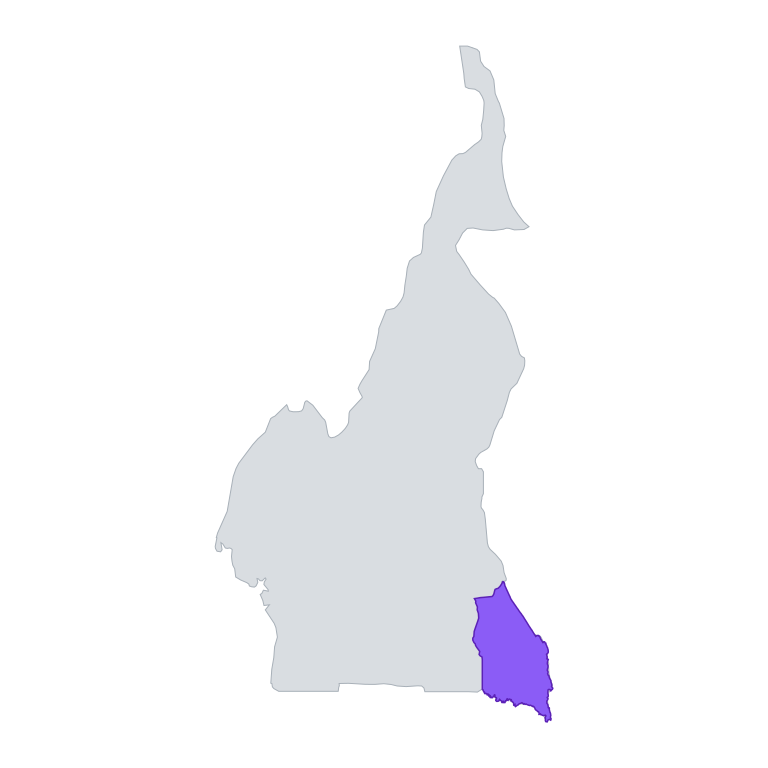 location of Boumba-Et-Ngoko, Est, Cameroon
{"feature_id": "32672807B40314964499081", "entity_name": "Boumba-Et-Ngoko", "entity_type": "district", "adm_level": 2, "iso_a3": "CMR", "parent_name": "Cameroon", "parent_adm1": "Est", "projection": "equal_earth", "projection_center": [15.54, 2.833], "detail": "fine", "context": "in_parent", "style": "filled", "palette": "violet", "viewbox_px": 768, "rotation_deg": 0, "n_neighbors": 0, "source": "geoboundaries", "source_scale": "gbopen_adm2", "svg_char_len": 9526}
<svg xmlns="http://www.w3.org/2000/svg" viewBox="0 0 768 768"><path d="M216.3,537.6L217.6,533.0L227.2,511.4L233.2,476.7L236.0,468.6L238.8,463.2L252.6,444.8L257.8,438.9L265.3,432.2L270.6,418.7L272.4,417.3L274.8,416.2L286.7,404.7L287.7,406.9L288.5,409.7L289.4,410.9L293.2,411.8L298.5,411.7L301.6,410.9L303.2,408.6L304.8,402.3L305.8,401.1L307.0,400.8L312.8,405.2L322.3,417.7L324.7,420.0L325.7,422.4L327.8,433.8L328.9,436.6L331.0,437.8L334.7,437.1L338.5,435.0L341.9,432.1L345.3,428.4L347.6,424.9L348.6,422.4L349.1,413.1L349.8,411.1L362.3,397.6L362.0,396.3L359.9,392.5L358.1,388.4L360.0,384.1L361.9,380.8L369.1,369.6L369.6,361.4L375.3,348.7L378.7,331.9L378.8,328.6L386.3,310.1L394.2,308.4L397.2,305.8L400.7,301.2L403.0,297.0L404.1,292.9L404.9,285.0L406.3,276.1L407.2,268.3L409.5,261.0L413.5,257.4L420.3,254.3L421.4,252.9L422.4,248.1L423.4,232.1L424.5,225.0L430.9,217.1L433.7,204.6L436.3,191.5L443.5,175.7L451.9,160.0L455.8,155.8L459.1,153.8L462.9,153.6L465.5,152.4L474.6,144.6L478.4,142.0L481.2,139.3L481.8,136.9L482.1,133.4L481.3,125.3L482.8,119.4L483.7,110.2L484.1,103.0L483.8,100.5L482.1,96.4L479.4,91.9L474.9,89.2L468.7,88.5L465.4,86.9L464.2,78.6L463.8,73.4L459.7,46.1L467.6,46.1L477.0,49.4L479.4,51.9L480.6,61.2L484.0,66.5L490.0,70.9L493.8,79.9L495.2,93.6L498.5,101.7L499.3,103.0L504.0,118.5L504.2,125.6L503.8,130.4L505.7,136.4L502.8,146.5L502.0,152.8L501.7,161.5L503.4,177.0L506.2,188.9L509.2,198.6L512.4,206.1L517.9,214.4L523.7,221.9L529.0,226.7L524.0,229.5L514.4,229.9L508.8,228.3L506.2,228.2L503.5,229.2L493.1,230.6L482.7,229.9L473.1,228.0L467.2,228.4L462.6,233.0L459.0,239.9L455.5,245.4L456.7,251.4L459.3,254.8L464.3,262.2L468.7,269.4L471.0,274.2L480.0,284.7L488.6,294.1L492.7,297.4L494.2,298.1L498.9,303.5L505.4,312.4L511.4,326.2L519.7,354.1L521.6,356.4L524.4,357.9L524.8,360.8L524.6,365.2L523.7,368.7L516.9,383.3L511.1,388.9L509.4,392.3L507.2,400.7L501.8,417.3L499.5,419.6L494.2,430.8L489.9,445.0L488.8,447.2L487.0,448.9L480.8,452.4L478.8,454.2L475.6,458.6L475.2,461.5L476.6,465.5L478.4,468.7L481.6,468.7L483.4,471.8L483.4,493.7L481.9,497.0L481.9,498.5L481.2,502.2L481.0,506.5L481.4,508.1L482.7,509.5L484.4,512.5L485.3,519.2L487.4,542.9L488.4,546.7L490.1,549.3L495.5,554.4L501.2,561.1L503.0,565.5L504.1,572.7L506.2,578.3L506.2,580.2L505.3,581.0L501.7,581.5L502.9,585.6L505.9,592.7L520.4,614.7L534.4,634.3L537.6,635.7L540.1,636.1L541.1,637.3L542.4,640.1L547.1,647.3L547.9,651.4L546.9,655.3L548.0,661.4L548.8,663.7L548.5,665.7L549.0,673.1L550.3,679.6L552.4,685.2L552.1,689.1L549.4,691.3L547.8,694.9L547.4,700.0L548.2,706.1L550.3,713.4L550.3,717.7L546.9,720.5L543.2,715.5L539.1,712.2L532.9,706.3L526.7,704.2L518.6,703.8L515.1,704.6L509.2,699.8L507.2,699.2L504.6,701.1L502.7,701.2L500.5,700.4L495.9,700.5L495.4,697.1L494.7,696.5L489.7,696.8L488.2,694.0L487.5,694.3L485.6,693.4L481.6,689.4L477.4,692.1L468.7,691.7L424.9,691.7L423.9,687.9L421.7,686.0L417.7,685.8L406.1,686.6L397.2,686.0L391.2,684.5L383.8,683.7L374.6,684.4L365.2,684.3L348.4,683.3L339.1,683.5L339.3,685.7L338.7,687.4L338.2,691.3L278.7,691.3L273.9,688.6L272.4,686.9L271.9,683.6L270.8,683.2L271.8,669.2L273.8,657.6L274.6,646.8L277.4,637.1L275.9,627.6L274.2,623.4L265.3,609.9L269.4,604.8L264.0,605.5L262.8,600.5L260.2,594.4L261.8,593.5L263.4,590.2L268.3,591.2L268.1,589.6L263.9,584.5L264.3,581.9L266.1,579.1L265.2,577.9L262.2,580.8L260.0,580.7L258.3,578.8L257.0,578.5L257.8,582.4L256.1,585.9L254.4,587.1L251.7,586.8L249.4,586.0L248.8,584.0L246.7,582.6L240.7,580.0L235.7,577.0L234.7,568.8L232.8,565.2L232.0,561.2L231.5,556.6L232.2,549.6L230.9,548.4L229.5,548.0L227.3,548.4L225.3,548.0L222.9,544.1L220.9,542.6L222.1,549.8L220.6,551.8L217.0,551.2L215.5,548.5L215.2,546.5L216.9,537.8L216.3,537.6Z" fill="#d9dde1" stroke="#a8b0b8" stroke-width="1"/><path d="M474.4,598.6L475.8,601.1L475.6,602.8L477.4,606.9L477.2,609.9L478.4,613.3L478.7,618.1L477.8,621.0L475.1,628.7L474.2,631.4L473.9,635.9L473.8,636.6L472.8,638.1L472.8,640.1L474.0,642.6L475.2,643.8L475.6,645.5L476.7,647.3L479.7,651.4L479.1,654.5L480.1,655.8L482.0,657.0L482.3,659.5L482.3,689.3L482.6,689.5L482.8,689.6L483.1,689.9L483.3,690.5L483.4,690.9L483.9,692.0L484.4,692.0L484.6,692.3L484.7,692.5L484.5,693.1L484.8,693.6L485.0,693.7L486.1,693.5L486.3,693.5L486.5,693.6L486.9,694.1L487.1,694.8L487.6,694.8L488.0,695.1L488.1,694.9L487.9,694.4L487.9,694.2L488.0,694.0L489.4,695.1L489.4,695.3L489.4,695.6L488.9,695.6L488.8,695.9L488.9,696.1L489.1,696.1L489.6,695.6L490.1,695.6L490.3,695.8L490.4,696.1L490.3,696.5L490.0,697.2L490.1,697.4L490.3,697.6L490.5,697.6L491.1,697.0L491.8,697.8L492.0,697.8L492.6,697.6L492.9,697.1L493.0,697.0L493.2,696.5L493.6,696.4L494.3,696.6L494.4,696.4L494.4,696.1L494.1,695.3L494.2,695.1L494.6,694.8L494.8,694.9L494.9,695.2L494.9,696.4L495.0,697.0L495.3,697.3L496.4,697.7L496.5,698.0L496.5,698.4L496.4,699.1L496.2,699.5L495.7,700.0L495.8,700.5L496.4,701.2L496.8,701.4L497.1,701.4L497.5,701.3L498.2,701.2L498.8,701.0L499.0,700.7L499.3,699.7L499.6,699.3L500.6,700.5L501.3,700.9L501.7,701.3L501.7,702.2L502.1,702.6L502.5,702.4L503.1,701.2L503.3,701.2L503.5,701.4L503.5,701.6L503.4,702.1L503.5,702.5L503.8,702.4L504.1,702.6L504.9,702.6L505.2,702.0L505.2,701.3L505.6,700.6L505.8,700.6L506.1,700.8L506.4,700.8L506.7,700.5L506.7,700.1L506.8,699.1L507.3,698.9L507.7,700.1L507.9,700.3L508.1,700.4L508.5,699.7L508.9,699.2L509.2,699.1L509.6,699.1L510.0,699.4L510.9,699.5L511.3,699.7L511.3,700.1L510.9,700.7L511.6,700.9L511.9,701.2L512.0,701.5L512.6,701.8L513.0,702.3L513.6,703.2L513.8,703.8L513.8,704.2L513.6,704.8L513.7,705.2L514.0,705.4L514.3,705.4L514.6,705.2L515.0,704.8L515.0,705.2L514.9,705.5L515.1,706.1L515.4,706.6L515.6,706.5L516.0,706.2L517.4,705.2L517.6,705.1L518.2,704.9L518.8,704.1L519.3,703.8L520.1,703.5L521.3,703.1L521.7,702.7L522.0,702.7L523.4,704.0L523.6,704.1L523.9,703.6L524.2,703.6L524.5,703.8L525.1,704.4L525.3,704.4L525.9,704.1L526.3,704.1L527.0,704.6L527.8,704.9L529.0,705.3L529.8,705.5L530.5,705.2L532.1,706.0L532.3,706.4L532.5,706.5L532.9,706.2L533.3,706.3L533.9,706.7L534.1,707.0L534.4,707.5L534.9,708.2L535.1,708.6L535.2,709.3L535.8,710.0L536.8,710.5L537.0,710.7L537.4,711.4L537.6,711.6L538.5,711.7L538.7,712.0L539.2,713.8L539.0,714.4L539.3,714.4L539.8,713.8L540.4,713.8L540.5,713.9L540.5,714.3L540.6,714.6L540.8,714.7L541.4,714.7L542.5,715.4L544.1,715.5L545.2,715.2L545.5,715.2L545.7,715.4L545.9,715.8L545.8,716.2L545.2,717.5L545.1,718.0L545.1,718.3L545.4,718.7L545.5,719.0L545.3,719.8L545.3,720.3L545.6,721.4L545.7,721.6L546.4,721.7L546.5,721.7L546.9,721.9L547.2,721.9L547.8,720.6L548.0,720.0L548.5,719.7L548.9,719.6L549.3,719.4L549.6,719.3L549.9,719.4L550.3,720.0L550.7,720.2L550.9,719.8L551.0,719.1L551.1,718.8L550.7,718.1L550.5,717.6L550.5,717.1L550.5,716.5L550.6,716.1L550.8,715.4L550.6,714.2L550.5,713.3L550.2,712.6L549.9,712.2L549.8,711.6L549.4,709.9L549.3,709.2L549.3,708.8L549.4,708.2L549.3,707.9L549.2,707.8L548.6,708.0L548.3,707.8L548.2,707.6L548.2,706.4L548.1,706.0L547.9,705.6L547.9,704.9L547.8,704.5L547.4,704.0L547.0,703.4L546.8,703.1L546.8,702.9L546.9,702.5L546.8,701.8L546.8,701.2L547.1,700.5L547.7,699.8L548.0,698.9L548.0,698.5L547.7,698.2L547.4,698.0L547.2,697.7L547.2,697.4L547.4,697.1L548.0,696.8L548.2,696.4L548.2,696.0L548.3,695.4L548.2,694.7L547.9,694.1L547.8,692.9L547.9,692.1L548.0,690.4L548.1,689.8L548.5,689.5L548.8,689.5L549.3,689.4L549.7,689.5L550.1,689.6L550.3,689.8L550.5,690.7L550.6,690.9L550.8,690.9L551.1,690.6L551.4,690.0L551.5,689.9L551.7,689.7L552.3,689.5L552.6,688.9L552.8,688.4L552.8,688.2L552.7,688.0L551.6,686.7L551.5,686.2L551.8,685.5L551.8,685.0L551.6,683.9L551.4,683.1L551.2,682.8L550.9,681.6L550.9,680.5L550.7,680.1L550.1,679.2L549.4,677.9L549.3,677.3L549.2,677.0L549.1,676.6L548.9,675.8L548.2,675.1L548.0,674.9L548.0,674.5L547.8,674.2L547.6,673.6L547.8,673.3L548.0,672.8L548.0,672.1L548.0,671.7L547.8,671.3L547.5,670.9L547.3,670.5L547.3,670.0L547.5,668.9L547.8,667.9L547.9,667.4L548.0,666.9L548.0,665.8L547.4,664.1L547.3,663.2L547.5,661.9L547.6,661.1L547.8,660.6L548.0,660.2L548.3,659.6L548.0,659.2L547.4,659.2L547.0,659.0L547.0,658.8L547.2,658.5L547.1,658.3L546.9,658.1L547.0,658.0L547.2,657.8L547.1,657.0L547.2,656.6L547.1,656.4L546.9,656.2L546.9,655.9L546.8,655.6L546.8,655.2L546.6,654.7L546.5,654.3L546.6,654.1L547.5,653.6L547.8,653.0L548.1,652.7L548.2,652.4L548.3,651.7L548.1,650.6L548.2,650.2L547.6,648.2L547.5,647.6L546.9,646.8L546.8,646.3L546.6,645.6L546.2,644.8L545.9,644.3L545.8,644.0L545.9,643.4L545.7,643.4L545.4,643.1L545.1,642.9L545.0,642.4L544.6,642.1L544.5,641.8L544.1,641.8L543.9,641.9L543.7,641.8L543.3,642.0L543.2,642.5L542.9,642.6L542.5,641.9L541.7,640.6L541.4,639.9L541.0,639.7L540.5,638.5L540.0,637.3L539.8,636.8L539.4,636.1L539.2,636.0L538.6,636.0L538.5,635.9L538.4,635.5L538.2,635.4L537.2,635.5L536.7,635.9L536.0,635.8L535.7,636.3L535.4,635.9L535.2,635.5L534.8,634.9L534.6,634.7L533.3,632.6L533.2,632.5L532.1,630.6L531.8,630.0L531.5,629.8L531.2,629.3L530.6,628.4L529.1,626.1L528.7,625.6L528.3,624.8L527.4,623.4L526.9,622.5L524.2,618.3L523.9,617.7L522.6,615.7L522.2,615.3L521.9,614.8L520.9,613.3L520.7,613.2L519.4,611.4L518.7,610.4L517.9,609.1L517.6,608.8L517.3,608.4L515.0,605.0L514.5,604.4L513.5,602.8L513.4,602.7L511.8,600.5L511.8,600.3L511.1,599.4L510.4,597.9L510.1,597.1L510.0,596.7L509.5,595.8L507.7,591.9L507.6,591.6L507.2,590.8L506.8,590.1L506.8,589.8L506.6,589.6L506.1,588.3L504.9,585.7L504.5,583.5L504.2,582.7L503.1,582.6L502.7,582.6L502.9,582.0L503.2,581.7L502.8,581.6L501.4,584.3L500.0,586.4L498.1,588.3L496.4,588.8L495.1,589.4L494.7,590.5L493.9,593.8L493.0,595.6L492.1,596.5L484.2,597.3L480.3,597.6L477.2,598.2L474.4,598.6Z" fill="#8b5cf6" stroke="#5b21b6" stroke-width="1.5"/></svg>